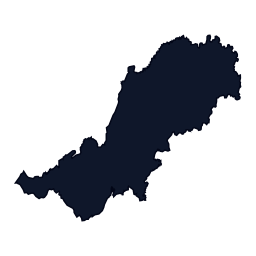 Lampung Tengah, Lampung, Indonesia
{"feature_id": "22746128B57273633041967", "entity_name": "Lampung Tengah", "entity_type": "district", "adm_level": 2, "iso_a3": "IDN", "parent_name": "Indonesia", "parent_adm1": "Lampung", "projection": "equal_earth", "projection_center": [105.295, -4.874], "detail": "fine", "context": "isolated", "style": "filled", "palette": "ink", "viewbox_px": 256, "rotation_deg": 0, "n_neighbors": 0, "source": "geoboundaries", "source_scale": "gbopen_adm2", "svg_char_len": 5801}
<svg xmlns="http://www.w3.org/2000/svg" viewBox="0 0 256 256"><path d="M153.3,170.3L154.7,169.5L154.8,169.0L157.1,168.0L158.2,166.2L158.5,166.3L158.7,165.0L159.7,165.6L159.9,164.9L161.0,164.9L161.3,164.0L160.7,162.9L160.7,160.5L159.0,161.0L159.2,159.8L157.4,159.4L156.2,160.6L155.5,160.4L155.5,159.4L153.7,159.3L154.6,154.5L155.6,152.1L156.7,151.2L157.7,149.3L158.3,149.4L158.4,150.6L159.2,150.8L159.6,150.1L160.5,151.3L162.5,151.6L164.9,150.1L168.0,151.0L169.7,150.2L168.8,147.4L168.7,144.0L167.1,140.8L167.6,139.2L171.6,134.7L171.9,133.3L172.8,132.2L173.9,131.7L175.0,134.6L176.7,135.3L178.6,133.1L179.5,132.8L180.7,132.8L182.2,134.1L183.4,133.8L183.7,132.7L185.3,132.0L186.1,130.9L186.1,129.8L187.9,129.7L188.6,130.9L189.6,131.1L189.2,130.7L189.5,130.2L191.9,130.2L193.1,128.0L194.3,127.7L197.9,129.0L198.6,130.3L200.6,129.9L201.1,129.2L201.3,126.3L202.2,125.3L202.5,123.5L203.2,122.8L204.9,122.9L206.7,124.5L207.6,122.9L208.9,122.7L209.2,119.3L208.4,118.2L208.8,116.8L210.4,114.2L211.5,113.6L211.9,111.9L211.0,109.1L213.3,106.5L215.4,107.0L216.0,106.4L215.9,104.4L216.5,101.8L216.6,98.1L218.1,97.8L219.6,96.2L223.4,95.2L224.4,95.9L224.8,97.8L226.3,97.7L228.0,94.4L230.0,94.3L230.7,95.9L232.0,95.4L232.7,96.6L233.5,96.9L234.5,96.2L235.3,97.3L235.3,98.7L236.4,99.6L237.5,99.7L239.6,98.8L240.0,97.2L238.6,95.5L239.5,94.3L238.1,92.5L239.1,88.3L240.6,86.7L240.4,85.6L239.9,86.2L240.4,82.3L239.7,81.5L240.4,78.1L240.3,75.1L238.0,76.0L237.3,73.8L235.8,71.8L234.1,71.3L234.2,69.3L233.7,68.6L234.4,66.8L233.7,66.2L233.6,64.6L234.4,64.1L234.7,62.5L236.1,60.6L237.5,61.2L238.2,59.8L237.8,58.6L236.3,58.6L236.3,57.0L237.3,56.3L237.3,54.2L236.1,51.9L235.0,51.4L234.4,53.1L232.2,52.1L231.6,50.2L232.8,48.3L232.3,46.6L231.4,46.5L230.2,47.3L229.3,45.0L228.4,44.7L227.7,45.1L227.7,46.8L226.4,48.1L224.8,48.4L224.5,46.7L224.0,46.3L223.3,47.1L222.1,47.0L221.2,46.2L221.0,44.0L218.6,42.7L218.6,41.9L219.6,40.8L219.1,38.2L216.5,36.2L215.3,36.5L215.3,38.4L214.5,39.8L212.9,39.9L211.8,41.9L210.4,41.8L209.5,40.1L210.2,38.7L210.4,36.6L209.9,35.3L208.1,35.5L207.1,36.6L207.0,39.9L205.9,43.9L202.8,44.9L201.9,43.1L200.4,43.2L199.7,44.2L199.6,47.0L199.0,48.1L197.8,47.2L197.3,44.3L195.5,43.8L193.9,44.6L190.8,44.6L191.2,42.9L190.9,41.9L189.0,41.4L188.5,39.3L187.3,39.1L186.5,37.7L185.7,38.7L184.2,38.5L183.4,35.6L182.9,35.8L182.6,37.2L181.7,36.8L181.7,37.9L180.9,39.0L180.1,38.7L180.4,37.7L179.9,37.3L179.7,38.3L179.3,37.7L178.6,37.9L178.5,39.0L177.2,37.9L175.8,38.5L175.1,40.3L173.7,40.1L172.1,42.1L171.8,41.2L171.3,42.1L170.5,41.6L169.8,42.3L169.3,44.1L168.6,43.9L169.0,42.4L168.7,42.9L167.2,42.3L167.0,42.9L165.2,43.9L163.5,43.6L162.9,44.9L161.8,44.9L162.0,45.8L161.1,46.5L160.3,48.4L159.1,48.9L159.5,50.0L159.1,51.7L158.1,51.1L157.9,51.9L156.7,52.2L156.4,54.8L154.9,55.3L154.9,56.3L154.5,56.2L154.6,57.6L153.8,56.8L153.6,58.0L151.8,58.5L151.5,61.5L150.4,62.1L150.4,64.4L149.6,64.5L149.6,65.3L149.1,65.0L149.1,66.4L148.7,66.5L148.6,67.3L147.7,66.6L147.2,67.0L147.6,67.4L147.4,68.5L145.4,68.2L145.0,69.7L144.5,68.5L143.3,68.6L143.5,69.4L142.7,70.2L143.4,70.7L143.0,71.7L140.5,71.9L140.1,72.8L139.7,72.5L137.1,73.5L136.9,72.6L134.6,72.3L133.7,71.4L134.6,67.0L134.0,65.9L129.2,66.9L128.2,67.9L128.2,71.5L129.1,72.5L127.5,74.1L124.5,81.5L123.6,81.1L122.5,81.3L122.1,82.3L121.4,82.1L121.6,82.9L121.3,83.4L122.0,84.7L122.2,88.0L121.4,90.5L118.8,94.2L119.0,96.1L118.2,99.1L118.8,101.7L118.3,103.7L115.0,112.3L113.1,115.3L109.0,125.6L106.5,127.7L107.2,132.9L106.3,133.8L106.3,140.4L104.6,143.3L104.6,144.8L102.8,144.5L100.7,147.3L98.0,147.1L97.4,146.4L97.5,144.3L96.0,141.0L92.9,138.8L91.5,139.2L91.2,137.2L90.1,138.2L89.1,138.0L88.9,139.0L88.3,138.2L86.9,139.3L85.3,138.8L85.0,139.5L84.0,139.9L83.8,141.7L83.4,141.9L83.6,142.6L82.8,144.1L82.0,144.5L81.7,146.6L81.0,146.8L80.3,147.9L80.7,148.6L80.4,149.5L81.0,152.3L80.0,154.1L76.0,155.2L72.3,158.2L71.8,158.0L71.7,156.3L75.3,152.8L75.3,151.2L74.6,150.7L72.6,150.9L67.3,155.1L65.7,155.0L64.8,156.3L63.4,157.1L63.1,159.4L62.1,158.9L59.0,160.7L59.0,167.5L58.5,167.6L58.3,166.5L57.5,166.7L56.6,165.6L52.9,169.4L52.7,169.0L51.5,169.6L50.8,169.0L50.4,170.0L49.7,169.6L49.2,171.5L48.5,171.5L48.5,172.8L47.2,172.8L47.1,173.5L46.7,173.3L46.8,174.2L46.3,174.3L45.6,172.7L45.4,173.3L44.1,172.8L43.2,174.1L42.3,177.3L39.0,177.6L38.2,176.5L35.9,176.6L34.6,177.0L33.5,178.7L28.4,177.6L26.6,175.9L23.7,171.3L23.0,172.9L21.0,174.2L19.9,176.7L15.4,183.0L17.7,183.0L17.8,183.5L20.1,184.5L23.3,189.6L24.5,192.8L26.9,192.6L28.3,194.2L31.5,193.1L33.6,193.2L36.0,196.4L39.1,198.5L41.0,197.4L43.5,197.7L44.5,197.2L46.6,194.5L48.0,190.3L49.5,189.1L51.5,189.7L53.6,188.9L54.6,191.2L56.3,192.9L59.0,191.1L59.4,191.9L59.0,194.6L59.6,195.1L60.8,195.0L61.2,198.1L62.9,198.5L64.1,201.0L67.2,205.2L73.0,208.3L74.0,210.1L74.2,212.6L76.9,217.0L79.3,215.1L80.5,216.4L81.6,217.9L82.1,220.7L84.5,220.4L86.2,219.3L88.2,219.2L88.2,218.7L91.9,215.3L92.3,215.4L92.3,216.6L94.7,214.8L98.9,213.9L102.3,210.6L103.7,207.4L104.4,204.5L107.4,198.1L108.8,197.3L109.6,195.7L110.5,195.5L111.2,192.9L111.3,188.2L111.8,187.0L112.3,187.3L112.3,191.6L112.8,191.8L113.9,188.9L114.7,190.0L112.8,195.0L113.5,195.4L113.7,196.7L116.2,194.2L119.9,193.3L122.0,193.9L122.3,194.7L123.0,194.6L122.9,193.4L124.0,190.6L124.7,191.2L125.5,190.4L128.2,189.7L128.2,186.9L128.6,186.2L133.2,189.6L134.0,194.2L134.6,194.5L136.1,193.9L135.7,194.6L136.4,195.8L139.3,197.8L139.9,200.7L142.2,200.3L142.7,199.6L143.9,199.8L144.4,199.2L144.8,200.2L145.5,200.2L145.3,198.7L145.8,197.5L145.3,196.8L145.5,195.6L144.7,195.0L143.3,196.1L143.1,195.2L144.3,193.0L145.3,192.4L144.6,191.0L145.4,190.1L145.1,189.0L145.8,188.4L146.0,187.0L147.0,186.1L148.0,183.4L146.9,182.2L145.1,183.0L144.3,181.9L144.4,180.6L145.9,179.6L146.6,178.4L146.3,177.4L149.0,175.0L150.8,171.2L152.3,170.8L152.9,169.9L153.3,170.3Z" fill="#0f172a" stroke="#020617" stroke-width="1.5"/></svg>